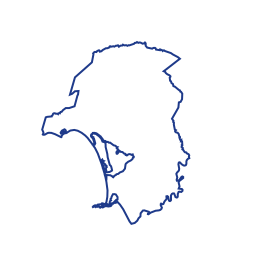 Tela, Atlántida, Honduras, rotated 208°
{"feature_id": "27666195B55788691524887", "entity_name": "Tela", "entity_type": "district", "adm_level": 2, "iso_a3": "HND", "parent_name": "Honduras", "parent_adm1": "Atlántida", "projection": "robinson", "projection_center": [-87.586, 15.716], "detail": "fine", "context": "isolated", "style": "outline", "palette": "blue", "viewbox_px": 256, "rotation_deg": 208, "n_neighbors": 0, "source": "geoboundaries", "source_scale": "gbopen_adm2", "svg_char_len": 5796}
<svg xmlns="http://www.w3.org/2000/svg" viewBox="0 0 256 256"><g transform="rotate(208 128 128)"><path d="M200.2,82.3L199.8,82.2L198.4,83.0L196.7,85.7L195.7,86.6L193.4,87.7L189.5,88.3L182.7,88.5L182.5,88.9L182.9,89.9L182.7,91.2L182.0,92.9L180.3,94.5L181.1,94.9L181.6,95.7L181.8,95.1L183.1,94.5L183.5,93.8L183.2,93.5L183.9,93.1L183.8,92.3L184.7,91.7L185.3,92.3L185.1,94.6L183.5,97.0L182.7,97.0L181.5,96.3L181.0,95.2L180.1,94.7L177.7,98.7L174.5,101.1L171.1,102.0L166.7,102.0L162.3,101.3L159.0,100.3L151.1,96.6L150.6,96.7L150.1,96.0L147.8,94.9L142.7,91.3L133.9,83.4L126.6,76.0L126.4,76.3L126.7,76.6L129.8,79.9L130.1,80.8L130.5,80.8L130.4,81.2L131.0,81.1L130.9,81.5L131.4,81.6L132.7,82.9L132.3,83.1L132.9,83.2L133.5,83.9L133.9,83.8L135.0,85.0L135.8,87.1L136.2,87.3L135.9,88.1L135.1,87.4L134.0,87.5L134.3,87.0L132.2,84.8L132.3,85.1L131.1,85.3L130.5,84.7L129.1,84.5L128.4,83.4L128.7,83.1L128.5,81.9L128.1,81.0L127.2,80.3L127.0,79.3L126.4,78.9L125.8,79.0L123.6,80.6L122.2,82.7L122.2,83.2L124.5,85.8L125.6,86.6L126.7,86.8L132.2,92.6L134.1,95.4L138.8,100.7L140.5,103.7L141.6,104.5L144.1,104.0L146.5,106.0L149.6,107.1L153.5,107.7L156.3,106.8L156.6,106.5L156.8,104.9L156.1,103.3L155.3,103.0L155.1,103.3L155.8,103.5L154.8,103.6L154.9,103.1L154.2,103.3L153.2,102.8L149.7,99.1L149.6,97.6L150.3,97.0L150.9,96.9L150.5,98.2L151.2,99.6L153.9,102.2L156.6,103.2L157.1,103.8L157.4,105.0L156.8,106.2L156.8,107.1L155.3,108.0L153.3,108.5L148.8,107.8L148.7,108.4L148.5,107.8L145.0,106.2L143.8,105.2L142.0,105.9L140.3,105.6L139.3,106.3L137.8,106.1L137.0,106.7L132.6,106.0L130.8,106.4L129.3,106.1L129.1,105.8L128.3,106.1L128.5,104.9L126.8,104.2L126.6,103.1L126.9,101.5L126.6,100.7L125.9,100.0L125.4,100.2L125.1,100.9L125.4,102.4L124.5,103.2L125.2,103.0L125.4,103.7L124.9,103.4L124.9,103.8L124.1,103.8L123.4,103.5L121.5,104.2L119.7,103.6L118.5,103.9L117.6,103.2L117.3,103.6L116.3,103.2L115.9,103.5L115.4,104.8L114.7,105.5L113.7,105.9L111.2,106.0L111.8,107.7L110.8,105.9L109.5,105.5L109.2,104.7L109.7,104.0L109.5,102.6L110.3,100.6L112.0,98.3L113.1,95.6L113.1,94.8L111.6,90.7L112.2,87.4L114.4,84.8L115.0,83.0L116.5,81.7L116.6,80.9L117.5,79.6L118.1,76.7L118.2,78.3L119.2,77.9L121.4,78.0L125.1,76.3L125.0,75.7L124.2,75.0L122.5,71.6L126.1,76.2L126.5,75.7L124.9,74.1L121.7,70.2L116.8,63.3L113.9,57.4L112.3,52.5L112.2,50.5L112.4,49.9L113.2,49.9L113.9,49.3L114.8,49.7L115.6,49.3L115.6,48.4L118.8,46.1L119.1,44.9L120.8,44.3L121.8,42.9L122.0,41.8L121.8,41.7L121.4,42.3L120.1,43.2L119.3,43.0L118.8,44.0L117.6,44.2L116.8,45.2L115.6,45.2L115.4,44.6L115.0,44.7L114.9,45.3L114.1,45.8L114.5,46.0L114.6,46.6L114.0,47.1L114.0,47.6L112.8,47.7L113.3,46.3L112.9,46.1L111.6,48.1L110.5,48.8L111.5,49.3L111.3,50.4L110.6,51.1L109.6,51.2L108.6,50.7L108.7,50.2L109.4,49.6L109.3,49.2L108.4,49.5L106.6,50.9L106.3,51.9L106.8,52.2L106.6,53.3L105.6,54.1L105.6,54.7L106.8,54.1L108.1,50.8L108.2,52.5L108.5,53.1L108.9,53.0L109.2,53.5L109.6,54.9L109.0,56.1L109.7,56.5L110.1,57.1L109.8,58.1L110.2,59.5L110.2,62.5L108.8,63.3L107.5,63.6L104.8,62.1L103.7,60.0L104.7,59.0L105.7,55.4L105.0,55.3L104.7,55.8L103.9,56.0L103.1,56.9L102.9,57.9L99.1,56.6L94.1,54.0L82.7,46.2L80.0,45.0L77.5,47.3L76.3,50.5L76.3,53.3L75.5,55.7L76.8,58.6L76.1,62.1L74.9,62.9L70.2,63.8L69.6,63.5L69.2,62.7L69.3,61.9L70.1,61.6L70.0,61.3L69.5,61.4L68.1,64.1L64.8,67.9L62.0,69.8L61.0,70.9L60.5,72.4L60.7,73.6L62.8,75.1L63.4,76.3L63.3,76.8L61.8,76.8L61.1,77.5L61.3,80.3L60.6,83.5L62.0,85.7L61.4,86.3L60.3,86.2L57.9,83.3L57.2,83.0L56.6,83.2L56.2,84.0L56.2,84.6L58.4,88.6L58.3,90.4L57.6,91.4L56.5,91.8L53.6,89.3L52.2,89.5L51.8,90.6L53.1,93.2L53.3,95.4L52.8,95.9L50.9,96.6L50.4,98.1L50.9,99.1L51.8,99.4L54.8,98.3L55.1,100.7L57.7,103.6L57.9,105.1L55.8,109.7L56.3,110.7L57.1,110.8L57.8,110.1L58.3,106.0L59.9,104.4L60.7,105.0L61.3,107.5L63.8,110.2L63.8,111.7L63.2,113.7L63.2,114.8L63.7,116.1L66.5,119.7L66.9,121.3L66.6,121.8L65.9,122.0L63.6,121.2L61.4,121.0L60.3,121.4L59.5,122.3L59.6,123.7L60.8,126.0L61.0,127.2L60.6,129.0L59.7,130.1L60.8,131.3L61.1,132.6L62.2,133.3L64.2,133.2L65.0,133.8L66.5,133.3L69.0,134.5L69.3,135.0L70.0,134.8L70.4,136.2L71.8,136.4L72.1,137.3L71.9,138.1L72.5,138.4L72.3,138.9L74.0,141.6L74.5,141.7L75.0,141.2L75.5,142.7L76.3,142.1L77.0,142.6L78.0,143.6L77.7,144.1L78.0,144.6L79.0,144.9L80.4,146.5L81.9,147.1L83.6,146.7L84.7,147.0L85.0,147.5L84.7,148.6L86.0,148.7L89.1,152.5L90.0,154.3L91.0,154.6L91.1,155.6L93.5,156.8L93.1,169.7L95.1,174.5L93.8,175.8L93.8,178.8L96.2,183.8L98.2,184.9L98.9,184.7L99.9,185.6L100.6,185.4L106.0,186.5L107.6,186.3L108.9,187.9L110.7,188.1L112.0,189.4L113.0,189.5L114.8,192.0L114.6,193.1L114.8,193.6L116.1,194.0L118.5,193.9L120.5,194.3L121.4,195.0L123.1,194.9L114.7,213.5L117.2,214.0L122.8,214.0L125.3,214.3L131.6,213.3L132.5,213.5L133.2,213.1L133.5,212.3L134.4,212.7L136.5,212.5L136.3,211.7L140.1,210.4L141.0,211.3L141.8,211.4L143.2,210.6L143.9,209.4L148.8,208.0L151.0,208.9L152.1,211.0L153.0,211.5L153.2,211.4L152.9,210.3L154.2,209.9L154.7,209.3L157.0,209.3L158.2,208.8L158.9,208.0L160.4,208.1L161.0,206.9L162.0,206.3L162.2,205.2L165.6,201.6L166.3,201.4L167.1,200.3L168.4,200.3L170.1,199.2L171.6,199.2L171.7,198.2L173.3,197.2L174.2,195.5L175.7,196.3L176.6,195.3L177.2,195.1L178.3,193.4L179.3,193.3L180.9,192.0L182.2,191.8L182.5,191.2L182.2,190.5L183.6,188.8L185.0,188.0L187.0,184.9L187.5,183.3L188.7,182.2L189.6,183.0L190.1,183.0L191.3,181.6L191.6,180.2L192.9,179.7L193.4,179.1L193.8,177.5L193.3,177.2L193.0,176.5L190.7,169.0L198.6,147.8L194.9,130.2L193.3,132.1L192.1,135.5L189.1,137.4L187.8,134.0L187.9,133.0L185.4,122.1L189.3,118.0L192.3,116.4L193.8,113.2L194.2,111.1L195.1,110.5L195.0,109.0L195.7,108.9L196.4,108.1L196.3,107.4L196.9,107.5L198.8,106.6L199.5,106.7L200.6,105.9L200.8,105.4L200.6,103.6L201.0,103.0L200.8,102.4L204.6,99.9L205.6,98.8L203.0,86.3L200.7,84.5L200.2,83.6L200.2,82.3Z" fill="none" stroke="#1e3a8a" stroke-width="2"/></g></svg>